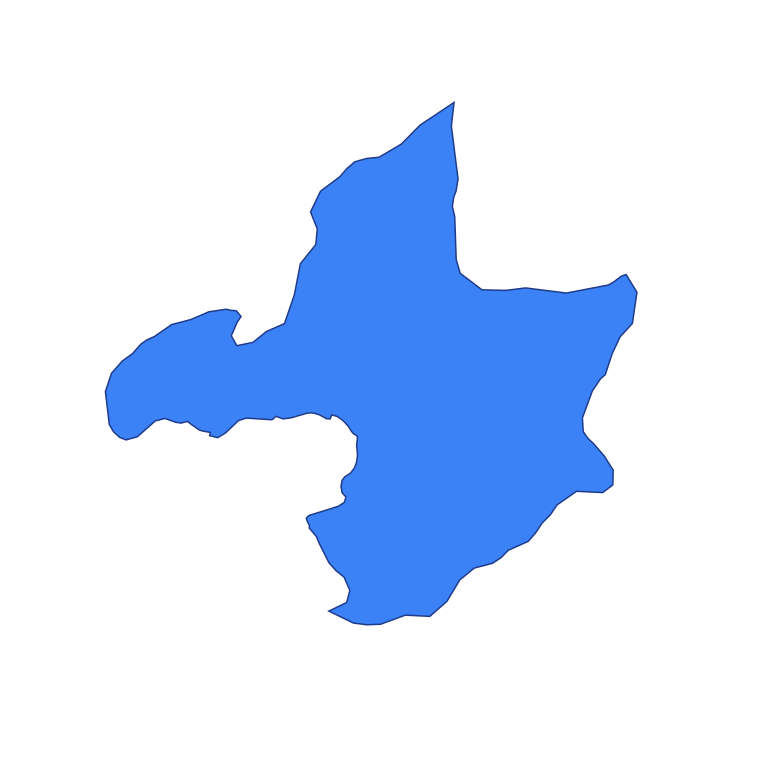 Malatya, Natural Earth projection, rotated 157°
{"feature_id": "TUR-2284", "entity_name": "Malatya", "entity_type": "Province", "adm_level": 1, "iso_a3": "TUR", "parent_name": "Turkey", "parent_adm1": "", "projection": "natural_earth1", "projection_center": [38.295, 38.485], "detail": "fine", "context": "isolated", "style": "filled", "palette": "blue", "viewbox_px": 768, "rotation_deg": 157, "n_neighbors": 0, "source": "natural_earth", "source_scale": "10m", "svg_char_len": 1959}
<svg xmlns="http://www.w3.org/2000/svg" viewBox="0 0 768 768"><g transform="rotate(157 384 384)"><path d="M372.9,179.3L390.9,174.0L410.9,159.4L432.6,152.2L454.7,162.9L481.0,164.2L493.7,169.0L505.6,175.9L523.5,196.5L503.7,197.5L496.1,207.3L496.2,221.7L501.0,230.7L504.5,240.8L505.9,262.2L505.8,269.8L509.1,280.6L507.9,282.7L508.3,287.3L508.0,290.9L504.3,292.3L473.7,289.3L466.6,290.6L463.2,294.9L465.1,300.2L463.6,306.5L460.2,311.7L456.3,313.9L449.5,315.1L444.0,318.3L439.7,322.9L436.5,328.2L435.1,331.9L433.2,338.2L429.1,345.5L429.7,347.9L431.5,350.0L432.5,353.3L433.4,359.1L435.9,366.1L439.6,372.3L444.2,376.0L447.3,372.9L450.5,374.5L455.4,380.8L459.2,384.0L462.5,386.0L466.2,387.2L482.4,389.1L489.9,391.1L491.2,391.9L495.8,396.3L497.7,396.1L499.4,395.1L501.4,395.0L524.1,406.4L532.1,407.2L549.3,400.8L558.1,399.6L564.7,404.6L562.7,407.2L569.9,412.0L572.2,414.1L578.6,424.5L579.1,426.2L586.3,427.4L590.9,430.3L599.2,437.9L608.9,439.4L631.6,431.8L643.2,433.3L648.2,438.2L651.7,445.8L652.7,454.0L643.4,485.9L630.7,500.3L615.7,507.5L603.7,510.2L592.3,515.7L584.8,517.3L576.8,517.4L556.3,521.7L536.7,518.8L517.0,518.9L500.3,514.6L495.9,511.5L491.4,509.2L489.2,502.0L495.0,498.2L505.7,488.1L504.5,476.8L488.4,473.5L471.6,478.3L452.0,478.5L431.6,501.2L414.0,527.4L392.3,539.0L384.8,552.9L384.4,571.1L367.1,586.3L343.8,592.0L334.0,596.8L323.9,600.0L311.9,598.4L300.0,594.7L274.2,598.1L249.4,608.3L209.5,615.8L221.2,595.2L235.7,543.9L242.3,533.4L246.6,529.0L251.7,520.8L253.5,510.4L268.9,470.4L270.6,456.1L257.0,432.4L235.1,422.5L216.1,417.1L180.5,396.4L138.9,387.5L133.6,388.0L123.4,390.5L118.4,390.2L115.3,369.6L131.7,342.7L148.1,335.2L162.3,322.6L176.6,306.2L182.8,304.1L194.8,296.3L214.6,275.3L219.2,262.3L217.6,254.5L214.4,247.2L209.4,231.7L206.7,215.2L212.8,201.7L225.1,198.6L248.7,210.0L272.0,205.1L282.0,198.6L292.6,194.3L302.5,187.8L312.8,182.8L334.6,182.4L344.1,178.4L354.1,176.6L372.9,179.3Z" fill="#3b82f6" stroke="#1e3a8a" stroke-width="1.5"/></g></svg>